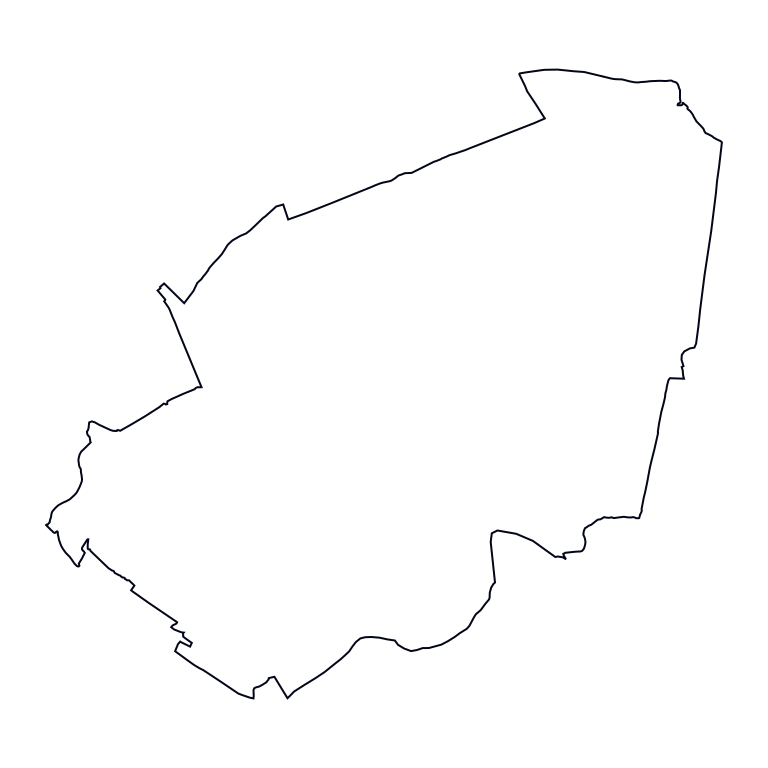 Isalnita, Dolj, Romania
{"feature_id": "2599482B36519910274216", "entity_name": "Isalnita", "entity_type": "district", "adm_level": 2, "iso_a3": "ROU", "parent_name": "Romania", "parent_adm1": "Dolj", "projection": "mercator", "projection_center": [23.718, 44.394], "detail": "fine", "context": "isolated", "style": "outline", "palette": "ink", "viewbox_px": 768, "rotation_deg": 0, "n_neighbors": 0, "source": "geoboundaries", "source_scale": "gbopen_adm2", "svg_char_len": 5967}
<svg xmlns="http://www.w3.org/2000/svg" viewBox="0 0 768 768"><path d="M566.0,559.3L563.8,555.6L563.3,553.8L564.2,553.5L565.2,552.8L573.5,551.9L577.0,551.6L579.7,551.5L581.1,551.3L582.1,550.9L583.6,549.2L584.5,547.0L585.1,544.7L585.4,542.8L585.4,541.2L584.8,538.2L584.0,536.1L583.4,535.0L583.5,532.8L583.9,530.9L584.7,528.9L585.0,528.2L586.7,527.2L587.4,526.7L588.0,526.2L589.2,525.5L590.5,525.1L591.6,524.5L594.7,522.0L597.4,519.9L599.0,519.4L600.2,519.4L602.3,518.3L603.6,517.4L604.2,517.1L604.7,517.3L606.3,517.6L609.2,517.8L611.7,517.3L613.1,517.9L613.7,518.0L614.5,518.0L620.4,517.2L623.9,516.8L625.6,517.0L626.9,517.3L629.1,517.4L630.5,517.5L632.7,517.2L633.3,517.1L634.5,517.4L635.9,518.1L636.8,518.2L638.8,518.2L639.2,518.0L640.2,514.4L641.3,512.3L641.6,511.4L641.8,510.5L641.6,509.6L641.7,508.4L643.8,497.5L645.2,491.9L647.2,482.2L650.0,467.0L651.6,460.3L654.4,449.3L657.8,434.3L658.1,432.8L657.8,432.1L659.0,423.9L661.3,412.0L663.6,403.4L665.0,397.2L665.4,393.3L666.4,389.7L666.9,386.2L668.4,380.3L669.9,378.2L684.0,378.7L683.2,375.8L682.7,370.4L681.7,367.0L683.5,366.1L681.5,359.8L681.8,354.9L684.3,351.4L689.9,348.4L694.4,347.6L696.1,343.6L698.4,326.4L700.2,309.3L704.5,275.4L711.2,231.2L716.0,192.6L717.0,181.5L719.1,166.5L721.9,142.4L720.6,141.1L717.0,139.5L713.7,137.6L711.9,136.1L707.6,133.9L705.6,133.1L704.4,131.2L703.4,128.7L701.7,126.8L696.4,121.3L693.8,116.8L692.7,114.5L690.3,111.2L688.2,109.5L687.4,108.7L687.7,107.2L686.4,105.6L684.2,104.0L683.4,103.1L683.1,102.9L682.8,102.9L682.6,103.2L682.5,104.1L682.2,104.7L681.7,105.2L678.7,105.3L677.7,105.2L677.7,104.4L678.1,103.7L680.1,102.7L680.4,102.4L680.5,101.9L680.5,101.5L680.3,100.2L680.1,99.5L679.9,97.6L680.0,96.2L680.0,93.3L680.0,92.7L680.0,90.3L679.7,89.4L679.1,88.3L678.5,86.0L677.8,84.4L677.4,83.7L677.0,83.3L676.3,82.6L675.6,82.2L672.9,81.4L671.7,80.7L670.6,80.5L666.1,81.0L664.9,81.0L659.6,80.8L652.0,81.1L650.1,81.2L646.3,81.7L640.4,82.1L638.6,82.4L636.3,82.4L635.0,82.3L633.6,82.1L629.8,81.4L627.1,80.7L625.3,80.2L622.0,79.4L615.9,79.2L612.4,78.8L584.2,72.0L573.2,71.2L565.6,70.4L557.7,69.6L544.5,69.8L542.2,70.1L526.5,72.3L519.8,73.4L519.4,73.8L519.4,74.5L525.1,86.1L527.2,91.4L535.4,103.6L544.8,118.5L534.5,123.0L469.9,148.2L465.8,149.9L455.9,153.3L451.1,154.7L449.9,155.0L445.9,156.9L442.0,158.4L440.6,159.3L435.8,161.2L434.0,161.7L411.6,172.9L404.8,173.2L401.6,174.5L398.5,175.5L395.5,177.9L392.1,180.2L390.2,181.1L382.9,182.6L380.2,183.4L375.5,185.2L371.1,187.1L329.5,203.9L305.6,213.3L288.2,219.5L283.2,204.5L281.2,205.1L276.2,206.5L265.3,216.4L263.0,218.0L258.2,222.7L250.3,230.2L246.2,233.4L240.5,235.8L235.6,238.6L232.5,240.4L229.4,243.2L227.5,245.1L224.7,249.7L221.7,254.3L218.0,258.5L213.9,262.7L210.4,266.7L208.8,268.8L208.0,270.5L204.7,274.9L203.3,276.4L201.2,279.4L198.9,281.4L197.2,283.1L193.5,290.9L184.2,303.2L164.1,283.5L160.0,287.0L160.5,288.2L157.6,290.5L165.3,299.6L164.9,300.6L164.2,301.3L168.7,307.8L169.8,310.0L170.5,311.9L172.4,316.6L175.0,322.4L179.2,333.3L201.5,387.2L199.9,387.3L197.8,387.2L196.8,387.5L195.9,387.9L195.2,388.7L194.6,389.2L193.5,389.7L183.1,393.9L171.5,399.1L167.5,401.3L167.2,402.8L167.2,404.1L165.9,404.5L165.0,403.9L163.7,403.6L159.4,407.1L144.7,416.5L131.4,424.4L120.1,430.8L118.5,430.1L117.3,430.1L117.2,430.7L116.2,431.0L112.9,430.8L110.4,430.0L99.1,424.8L95.0,422.4L91.9,421.4L89.2,422.4L88.9,424.8L88.6,427.9L87.9,430.3L87.0,431.4L87.1,433.3L87.5,434.5L88.5,436.0L89.5,436.8L90.1,439.7L90.2,441.1L90.7,442.4L81.1,451.8L79.6,454.6L78.7,458.0L78.5,459.5L78.4,460.8L78.7,462.2L79.1,465.6L79.4,466.4L79.7,467.3L80.6,468.7L80.8,469.3L80.9,470.3L80.9,472.0L81.0,472.6L81.5,474.8L81.9,478.0L82.0,478.9L82.0,479.9L81.8,481.2L81.0,483.6L79.3,487.6L77.2,491.6L76.2,493.2L75.4,494.1L74.3,495.2L70.6,498.6L69.3,499.6L66.5,501.1L62.5,502.9L59.1,504.8L58.2,505.4L55.6,507.7L52.3,511.5L51.6,513.3L51.2,515.5L51.1,516.6L50.7,518.1L50.0,520.0L49.6,522.4L48.6,523.4L47.6,524.7L47.3,525.0L46.5,524.6L46.1,525.0L47.2,526.2L50.9,529.9L52.4,531.2L53.1,532.1L54.4,532.9L55.4,532.7L56.3,531.7L56.7,531.5L57.3,531.4L57.5,531.6L57.7,531.8L57.8,532.3L57.8,534.0L58.4,536.8L58.7,538.4L59.0,539.8L59.5,541.3L60.6,544.4L61.2,545.8L62.1,547.5L63.0,549.0L65.0,551.8L66.0,553.1L69.7,556.8L71.4,559.1L74.2,563.2L75.0,564.2L76.9,566.0L77.2,566.2L77.9,566.4L78.6,566.5L78.8,566.3L79.1,565.8L79.3,565.8L79.4,565.5L79.3,565.2L78.8,563.6L82.0,558.4L84.8,552.9L83.8,551.4L83.0,550.7L82.3,549.8L82.0,549.3L82.0,548.2L82.4,547.2L87.1,539.8L87.7,539.3L88.3,539.3L87.7,544.6L87.7,548.0L87.8,548.8L88.4,549.3L89.8,549.3L90.2,550.0L90.5,550.9L108.5,568.2L112.2,570.6L112.8,570.7L113.8,571.1L114.6,572.8L115.8,573.5L118.8,575.1L120.0,575.5L120.4,575.7L120.9,576.4L122.6,577.5L123.9,577.6L124.7,578.0L124.8,578.4L124.9,578.9L126.2,579.6L127.2,580.3L129.0,580.3L129.6,580.8L130.7,582.0L133.1,584.2L134.4,585.6L131.1,590.3L132.9,591.7L148.7,602.9L177.1,622.2L176.6,623.3L175.7,624.0L173.3,625.0L171.8,626.3L171.2,627.2L174.2,629.5L180.3,631.9L181.9,632.4L183.7,632.6L183.0,633.4L183.2,635.2L183.1,636.5L184.6,637.8L191.8,642.9L190.1,646.6L180.9,642.1L180.2,641.6L178.0,644.1L175.1,651.2L187.8,660.5L194.4,665.2L199.1,668.0L203.4,670.2L220.5,681.5L238.4,693.6L242.4,695.1L250.0,697.7L253.5,698.4L253.7,695.8L253.5,690.1L253.8,689.3L254.4,688.1L256.2,687.3L259.3,686.5L262.9,684.5L266.5,682.2L267.4,680.8L268.6,679.5L268.8,678.1L274.4,676.8L287.5,698.2L290.5,695.3L294.0,691.6L304.3,685.0L315.4,678.2L324.8,671.9L335.1,663.6L340.7,659.2L346.2,654.2L349.3,651.2L352.3,646.7L355.8,642.1L360.4,638.4L365.4,637.2L371.5,637.0L379.6,637.7L387.4,639.4L394.9,640.5L398.0,644.8L404.1,648.5L411.1,651.1L417.0,650.0L422.6,648.1L429.0,648.0L441.2,644.7L447.9,641.2L454.8,636.9L459.9,633.1L466.8,628.8L469.5,625.7L474.0,617.2L475.9,614.2L480.7,610.1L485.5,603.6L489.1,599.4L489.6,597.6L489.8,592.6L491.1,587.8L493.3,584.1L495.0,582.5L490.7,542.0L491.8,533.3L497.4,530.5L516.2,533.8L532.9,540.9L555.3,557.0L557.9,556.5L563.1,557.4L566.0,559.3Z" fill="none" stroke="#020617" stroke-width="2"/></svg>